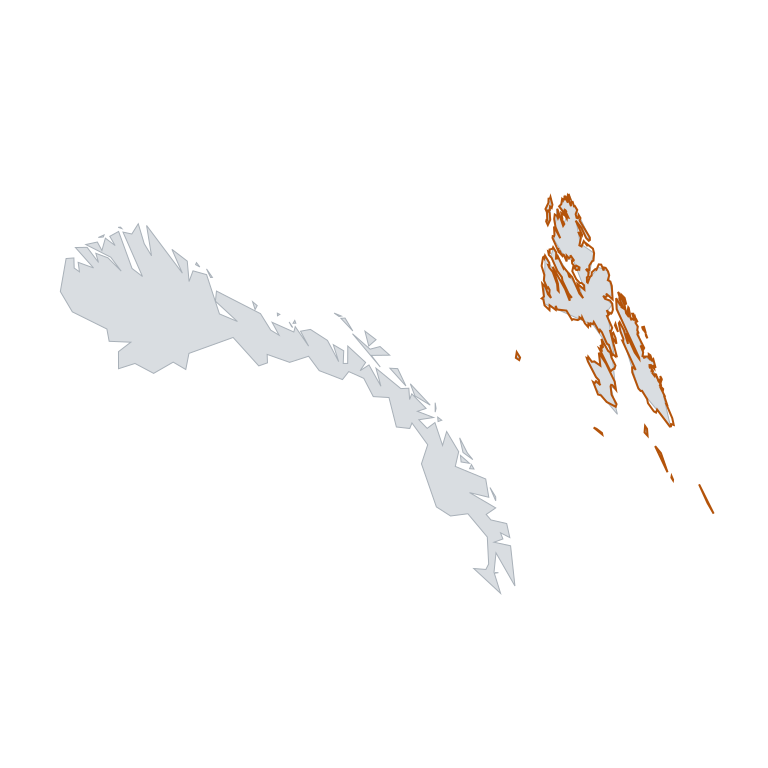 Svalbard highlighted on a map of Norway, rotated 67°
{"feature_id": "NOR-901", "entity_name": "Svalbard", "entity_type": "Territory", "adm_level": 1, "iso_a3": "NOR", "parent_name": "Norway", "parent_adm1": "", "projection": "robinson", "projection_center": [18.37, 77.559], "detail": "fine", "context": "in_parent", "style": "outline", "palette": "amber", "viewbox_px": 768, "rotation_deg": 67, "n_neighbors": 0, "source": "natural_earth", "source_scale": "10m", "svg_char_len": 9866}
<svg xmlns="http://www.w3.org/2000/svg" viewBox="0 0 768 768"><g transform="rotate(67 384 384)"><path d="M457.0,367.5L430.8,373.5L435.0,377.7L428.4,389.4L398.4,384.7L391.4,398.8L370.9,400.4L358.8,411.6L363.7,420.5L346.4,438.4L329.0,442.6L327.2,462.4L311.1,480.0L319.0,483.0L318.4,492.2L282.2,504.7L279.6,551.6L293.2,560.8L281.5,569.5L284.2,591.9L267.8,605.2L266.2,622.4L250.5,615.8L246.6,600.7L237.3,620.3L225.1,617.6L195.8,642.7L172.4,645.8L144.3,627.6L146.8,620.2L156.2,623.9L161.7,620.5L152.5,618.0L163.7,606.0L137.8,614.7L142.2,603.9L160.6,599.3L151.1,598.2L160.0,588.8L177.4,581.8L160.5,586.0L139.1,604.0L141.3,592.4L150.9,591.5L140.9,583.5L151.5,577.4L140.9,578.7L139.9,568.7L179.2,570.8L190.7,564.3L142.2,564.9L147.4,557.5L140.5,547.6L161.2,549.9L175.2,547.9L145.3,540.6L203.2,526.3L177.2,526.6L194.0,517.1L213.5,523.4L205.2,515.6L214.0,504.6L255.2,508.1L269.2,494.5L241.9,506.8L233.0,501.9L271.0,470.2L290.2,467.2L298.1,461.5L283.5,462.9L300.9,446.7L296.5,443.3L319.7,438.6L302.8,440.2L305.0,430.4L321.8,419.0L345.7,417.0L328.0,415.3L337.7,408.1L349.1,413.5L350.9,409.4L334.9,402.5L357.0,392.5L362.4,400.8L360.6,390.4L384.9,387.7L366.3,385.2L394.8,370.3L397.6,362.8L408.3,366.5L403.9,362.3L422.9,354.8L422.2,363.9L434.2,351.5L430.5,365.9L441.7,361.6L439.4,352.2L463.4,354.1L452.2,344.9L475.5,341.7L487.7,350.6L511.2,327.5L529.2,331.8L517.4,347.7L541.7,329.6L544.0,340.9L550.9,338.7L560.4,325.6L574.5,328.2L566.5,334.9L573.1,335.1L572.6,344.6L582.4,330.7L621.1,342.4L583.2,346.9L600.3,356.3L622.3,358.5L588.9,373.5L594.5,362.7L590.6,358.0L565.2,348.7L536.2,357.5L531.5,374.3L517.6,383.8L472.1,380.7L457.0,367.5ZM367.2,134.1L391.4,139.0L388.8,147.5L400.0,143.0L404.4,150.1L446.7,160.8L411.8,168.2L372.6,205.2L330.0,186.1L376.6,178.1L331.8,180.7L325.6,175.4L380.8,167.4L369.5,165.6L374.8,162.4L342.2,161.2L341.1,167.5L317.5,171.1L290.7,156.5L306.9,156.4L300.8,149.4L288.6,152.8L281.7,139.8L328.0,137.7L331.4,139.8L310.1,143.7L331.4,148.5L345.3,139.7L368.1,155.9L360.5,140.9L367.2,134.1ZM420.3,127.0L459.4,134.1L469.9,127.1L474.6,127.9L471.9,131.8L491.2,129.0L534.7,136.8L486.0,151.4L426.7,145.4L419.7,143.3L436.6,140.0L405.0,139.8L397.8,136.3L407.0,134.3L392.7,132.5L414.4,133.0L411.9,129.4L420.6,131.1L420.3,127.0ZM450.2,163.8L479.6,172.9L474.6,176.2L503.1,181.0L470.4,190.9L464.4,190.1L468.2,185.2L440.3,187.1L451.5,177.6L428.7,166.2L450.2,163.8ZM352.7,384.5L366.9,380.8L325.4,393.4L346.5,383.2L348.0,373.0L359.7,367.5L352.7,384.5ZM375.2,365.4L394.4,364.6L371.8,372.4L375.2,365.4ZM394.1,359.7L421.5,349.7L407.0,360.2L394.1,359.7ZM278.1,157.4L297.0,167.0L301.2,171.2L286.0,166.5L278.1,157.4ZM340.1,374.0L343.1,383.2L327.9,380.9L340.1,374.0ZM488.3,331.8L477.9,338.0L463.1,335.4L480.0,334.2L488.3,331.8ZM490.4,336.3L485.9,343.5L479.6,341.5L490.4,336.3ZM308.1,394.1L323.0,392.0L306.7,398.0L308.1,394.1ZM630.9,131.6L599.6,133.1L631.9,131.3L630.9,131.6ZM557.2,156.1L575.8,157.4L547.8,158.5L557.2,156.1ZM520.7,326.9L531.6,325.3L535.2,326.8L520.7,326.9ZM497.4,334.4L495.4,338.3L492.3,335.0L497.4,334.4ZM439.9,345.0L439.7,348.9L435.5,347.5L439.9,345.0ZM413.1,248.5L411.8,252.3L406.7,249.3L413.1,248.5ZM534.4,161.7L525.8,161.2L524.9,159.9L534.4,161.7ZM262.3,470.1L265.1,473.6L256.9,472.8L262.3,470.1ZM421.2,344.2L426.8,345.6L429.9,347.9L421.2,344.2ZM398.4,129.0L402.0,130.8L396.4,130.1L398.4,129.0ZM218.2,502.0L208.7,502.4L218.8,500.3L218.2,502.0ZM204.3,507.8L200.5,510.8L199.0,509.2L204.3,507.8ZM304.3,399.0L299.2,402.2L304.8,396.7L304.3,399.0ZM139.0,584.9L137.5,589.7L137.4,583.4L139.0,584.9ZM292.6,444.0L290.6,441.3L293.6,441.4L292.6,444.0ZM602.4,352.4L601.5,355.7L601.1,355.1L602.4,352.4ZM295.1,446.6L289.8,447.1L296.3,445.9L295.1,446.6ZM279.2,452.7L279.6,455.4L277.1,454.5L279.2,452.7ZM138.5,564.6L135.9,567.5L136.7,565.2L138.5,564.6Z" fill="#d9dde1" stroke="#a8b0b8" stroke-width="1"/><path d="M434.1,163.0L421.4,163.2L418.6,164.0L420.1,165.4L408.9,166.7L410.5,168.2L408.8,170.2L410.9,171.3L408.3,172.3L411.1,173.9L406.6,175.4L400.2,175.6L401.7,176.4L399.0,178.0L400.7,178.9L400.9,180.6L398.2,184.6L398.5,185.9L387.7,187.4L383.0,195.6L379.2,195.4L382.8,197.0L376.2,200.8L380.6,202.8L374.4,205.5L368.3,204.3L366.9,205.4L366.0,202.6L353.5,199.1L357.9,197.5L365.4,198.0L370.1,196.6L365.7,196.7L362.1,194.8L359.3,195.1L359.8,196.2L351.1,196.4L346.3,193.8L336.9,192.8L329.5,188.1L329.3,187.3L330.9,187.3L328.7,185.6L337.1,184.5L339.6,185.6L338.8,186.4L341.4,186.4L346.7,184.9L359.6,185.6L365.4,187.5L366.8,187.0L359.5,184.7L342.0,182.9L367.3,180.2L379.9,180.5L374.6,178.5L378.1,177.3L372.9,178.8L358.7,179.4L355.1,178.5L347.6,180.3L333.2,180.4L329.6,181.8L326.2,181.1L327.6,180.1L324.9,179.1L325.4,176.1L324.2,174.9L330.1,174.0L335.8,176.7L336.1,175.6L334.4,174.1L347.0,173.6L346.4,173.2L353.2,171.1L357.5,171.6L358.1,171.2L355.9,170.1L359.2,169.0L377.1,168.8L382.8,167.1L375.8,168.1L367.6,166.7L375.5,162.7L371.3,161.2L368.3,162.6L367.5,164.3L362.5,166.1L353.7,166.6L349.9,163.9L354.2,162.5L354.8,161.1L353.7,159.8L354.7,159.4L353.1,158.5L350.1,160.8L351.1,162.3L346.6,163.7L343.8,162.8L344.6,161.9L344.1,160.9L338.3,162.1L339.8,162.5L340.5,164.6L337.2,165.7L342.6,168.0L335.5,168.0L334.9,168.5L336.0,169.7L332.1,171.0L332.5,170.1L330.4,170.2L330.0,171.3L326.9,170.5L328.6,171.6L315.3,171.8L313.8,170.9L314.5,169.9L313.5,168.9L305.5,166.0L318.7,164.8L306.6,164.8L298.6,162.9L294.7,160.6L297.0,159.0L299.4,159.1L298.9,158.6L290.3,156.0L308.4,157.3L307.2,155.5L301.6,156.0L300.3,155.7L302.4,155.4L295.9,154.0L300.2,151.3L303.1,151.1L302.0,150.5L302.9,149.2L298.6,149.4L299.8,150.5L298.8,150.8L296.4,148.8L294.9,149.1L294.2,149.6L296.7,151.6L288.9,153.4L287.8,150.6L283.4,147.8L284.6,147.5L283.7,147.0L284.5,145.8L281.2,144.3L289.0,143.9L284.0,143.2L286.6,142.1L293.4,142.4L289.7,140.9L290.1,139.2L294.6,139.7L294.7,138.8L299.3,138.1L302.5,141.2L306.3,141.8L307.2,140.7L304.5,138.8L308.0,138.3L310.1,140.1L329.6,137.3L331.9,138.2L332.2,139.5L328.5,140.9L317.4,141.2L308.5,143.7L324.0,143.3L324.6,143.7L321.0,144.7L320.8,145.7L326.4,145.6L332.7,150.0L334.6,148.4L330.5,144.3L336.7,142.7L334.6,142.4L341.0,138.8L345.7,139.5L352.3,143.0L352.3,144.4L355.2,148.7L359.4,150.5L357.6,152.3L357.9,153.1L361.1,152.1L364.7,154.0L365.1,155.6L369.5,157.3L370.4,156.9L365.9,152.6L365.3,150.6L362.4,149.1L360.8,144.6L361.9,143.9L357.8,139.6L359.0,137.4L365.4,137.5L362.7,136.0L363.7,134.6L367.9,133.8L371.9,134.2L375.9,137.4L378.1,135.6L382.8,136.0L395.4,140.5L387.6,144.2L390.0,144.2L390.6,145.3L390.4,146.7L388.5,147.8L392.1,147.2L395.5,143.3L399.2,142.5L405.1,144.3L407.5,146.4L408.0,147.4L406.8,148.1L407.5,148.9L403.0,150.1L406.9,150.2L408.5,150.9L408.5,152.2L421.5,152.0L423.9,154.2L423.5,155.1L449.1,158.9L448.5,159.7L449.2,160.1L446.3,161.6L446.7,162.5L435.8,161.7L434.1,163.0ZM534.9,133.3L533.1,135.4L535.1,136.4L534.9,137.5L514.2,142.6L516.6,144.8L514.6,146.3L504.8,148.5L500.7,147.7L491.1,149.1L490.7,150.5L487.6,151.6L470.1,150.9L465.7,149.1L465.8,148.0L469.4,146.8L437.4,147.7L437.9,147.1L436.0,146.0L427.8,145.8L419.8,144.1L419.0,142.9L427.9,142.2L442.4,143.7L431.9,141.3L453.0,140.9L460.6,139.2L459.6,138.9L406.0,140.6L395.7,136.8L403.5,135.8L404.3,135.3L402.5,135.3L404.2,134.7L406.0,135.4L408.2,133.9L397.5,134.1L396.3,133.5L399.5,133.5L390.7,132.6L394.5,131.7L405.7,131.8L404.6,131.5L413.4,133.5L418.1,132.4L412.6,131.6L408.9,129.2L409.7,129.0L419.4,131.3L422.2,131.2L420.1,130.8L422.2,129.2L420.9,129.1L423.0,128.5L416.3,128.1L416.7,127.1L419.4,127.6L419.1,126.6L424.9,127.2L426.0,128.6L430.3,127.9L433.4,129.9L437.1,129.8L435.8,130.5L437.4,131.4L452.5,130.4L453.3,131.4L448.8,132.8L456.0,133.0L459.4,135.2L460.6,134.1L462.3,134.6L460.3,133.7L462.1,133.7L460.7,133.0L461.7,130.6L463.6,130.0L459.9,128.6L461.6,127.6L465.0,127.8L464.1,129.0L466.2,129.4L465.3,129.0L467.3,128.1L466.4,126.4L475.3,127.7L471.7,128.4L475.3,129.3L470.9,130.8L470.3,132.2L472.1,132.9L473.7,132.8L471.5,132.0L474.8,131.7L476.3,132.5L476.2,131.5L477.3,131.4L478.8,132.7L482.4,131.8L480.9,130.6L481.6,129.8L485.5,130.4L483.6,129.8L488.1,130.3L491.3,129.6L487.4,129.1L489.0,128.7L494.3,129.7L492.4,130.0L493.2,130.7L497.7,129.0L498.7,129.6L497.1,130.8L505.8,130.2L503.9,130.7L512.4,131.4L511.3,132.0L528.1,132.0L534.9,133.3ZM495.5,179.6L487.5,186.1L479.1,188.8L477.3,191.1L464.0,190.7L465.6,189.7L464.2,187.7L469.7,185.2L466.6,186.0L467.0,185.3L464.4,184.7L460.4,186.2L443.0,187.5L439.3,187.2L440.3,186.3L438.8,185.4L444.8,184.0L445.4,181.5L451.6,177.7L439.1,174.0L451.9,171.7L471.9,170.7L479.9,172.7L474.3,174.2L473.5,175.2L474.6,176.3L482.8,178.7L493.4,177.8L495.5,179.6ZM460.9,170.5L435.4,172.0L437.7,170.4L432.6,169.5L435.8,168.9L435.5,168.0L427.5,166.2L441.1,164.8L443.5,163.2L448.6,164.3L457.4,163.7L460.1,166.0L459.6,167.0L460.9,170.5ZM301.7,171.1L297.7,171.2L296.6,170.4L297.2,169.7L289.5,166.8L286.0,167.0L281.5,161.9L277.7,160.1L278.1,158.7L276.9,157.7L284.8,158.9L287.5,160.9L285.5,161.8L288.7,163.5L288.3,165.1L291.3,164.7L297.8,166.8L301.7,171.1ZM599.5,133.2L632.1,131.2L620.1,132.7L599.5,133.2ZM555.8,156.1L576.0,157.5L547.1,158.7L555.8,156.1ZM426.4,152.9L432.1,152.9L437.8,154.3L430.5,155.5L425.6,154.6L427.0,154.2L426.4,152.9ZM412.8,248.4L414.8,250.2L411.4,252.4L406.6,249.4L412.8,248.4ZM534.6,161.6L530.4,163.1L524.7,160.1L528.1,159.4L534.6,161.6ZM401.4,130.9L395.8,130.1L398.8,128.9L405.5,129.9L401.4,130.9ZM419.0,147.4L427.5,148.2L420.2,148.5L419.0,147.4ZM514.2,202.5L515.8,202.8L506.0,208.0L508.3,205.9L514.2,202.5ZM282.0,140.6L287.5,141.7L283.6,142.1L282.4,141.3L284.1,141.2L282.0,140.6ZM436.7,123.7L432.0,122.2L439.4,123.1L436.7,123.7ZM442.0,124.0L439.7,123.4L444.9,123.7L442.0,124.0ZM286.3,140.4L281.1,139.8L286.7,140.2L286.3,140.4ZM487.6,127.5L488.7,127.4L490.9,128.4L487.6,128.6L487.6,127.5ZM424.1,126.8L422.1,126.6L426.3,126.4L424.1,126.8ZM489.4,126.8L488.3,127.1L484.6,126.7L487.6,126.4L489.4,126.8ZM581.3,155.3L585.0,155.3L585.5,155.6L582.5,156.1L581.3,155.3ZM436.2,124.0L434.3,124.3L431.7,124.0L436.2,124.0Z" fill="none" stroke="#b45309" stroke-width="2"/></g></svg>